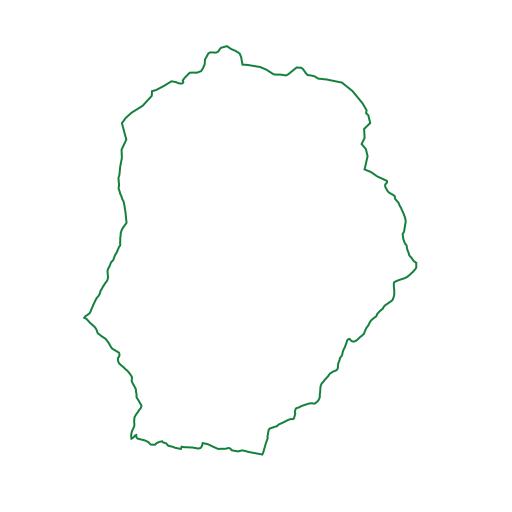 the district of Ceru-Bacainti, Alba, Romania, rotated 9°
{"feature_id": "2599482B65582227773897", "entity_name": "Ceru-Bacainti", "entity_type": "district", "adm_level": 2, "iso_a3": "ROU", "parent_name": "Romania", "parent_adm1": "Alba", "projection": "robinson", "projection_center": [23.275, 46.006], "detail": "fine", "context": "isolated", "style": "outline", "palette": "green", "viewbox_px": 512, "rotation_deg": 9, "n_neighbors": 0, "source": "geoboundaries", "source_scale": "gbopen_adm2", "svg_char_len": 6101}
<svg xmlns="http://www.w3.org/2000/svg" viewBox="0 0 512 512"><g transform="rotate(9 256 256)"><path d="M336.5,392.8L337.1,392.5L337.8,391.9L339.4,390.1L340.0,389.2L340.3,388.5L340.7,387.3L340.9,386.2L341.1,385.9L340.9,384.1L340.6,382.8L340.7,381.2L340.7,380.1L340.5,379.5L340.2,375.5L340.2,374.5L340.7,372.0L341.0,371.4L342.2,369.7L343.0,367.9L345.9,363.7L346.8,361.7L347.2,361.0L347.6,360.4L349.3,358.9L350.4,357.9L351.6,357.4L353.1,356.4L353.5,356.0L354.0,355.2L354.4,353.5L354.2,352.5L354.0,349.4L354.9,345.3L354.8,344.0L356.2,341.2L356.5,340.3L356.6,339.4L356.7,337.2L357.1,335.0L357.7,333.0L358.1,332.3L358.2,331.8L358.2,331.0L359.0,327.4L359.1,325.6L359.3,325.0L359.7,324.4L360.2,323.8L360.7,323.4L361.1,323.3L361.5,323.4L362.0,323.7L362.7,324.4L363.5,324.9L364.3,325.2L365.4,325.3L366.2,325.2L366.7,324.9L367.7,324.2L368.9,323.2L369.8,322.1L371.0,320.4L371.8,319.4L373.1,318.2L373.7,317.2L374.7,316.1L375.0,315.5L375.1,314.0L376.3,309.8L377.0,308.4L377.4,307.8L378.1,306.2L378.7,304.0L379.4,302.3L380.3,300.9L382.5,298.4L383.9,297.1L384.3,296.6L384.5,295.8L384.5,295.0L384.7,294.5L385.0,293.9L386.6,291.5L389.6,288.0L390.2,286.0L391.5,284.2L392.9,283.0L394.6,281.3L396.1,279.9L397.2,278.8L397.8,277.8L398.2,276.2L398.5,274.1L398.6,272.3L397.9,268.4L396.9,264.4L396.5,262.1L396.4,261.0L396.7,260.3L397.6,259.4L398.8,258.7L400.6,257.6L402.7,256.5L406.4,254.6L408.7,252.9L410.2,251.3L412.0,248.9L413.5,247.1L414.2,245.9L415.4,244.1L415.7,243.4L416.0,242.4L416.0,241.7L415.9,240.7L415.4,238.4L415.4,237.7L412.9,236.5L412.3,236.1L410.1,233.7L407.7,231.8L407.0,230.9L406.5,229.5L404.6,226.3L403.8,224.4L403.3,222.6L403.0,222.0L401.9,221.0L401.3,220.3L400.3,218.8L399.1,216.7L398.3,214.5L397.4,211.4L397.9,210.1L398.4,208.8L398.5,206.6L398.4,205.5L398.4,204.8L398.5,204.1L398.4,202.1L398.5,200.5L398.5,198.8L398.3,197.7L396.9,194.1L395.9,192.5L395.5,191.7L394.3,189.8L392.8,187.7L392.3,186.7L391.8,185.9L389.6,183.2L388.4,181.1L385.9,179.1L384.5,177.7L384.1,176.9L383.7,175.2L383.1,174.8L381.5,174.1L379.2,173.2L377.7,172.7L376.7,172.0L375.6,171.0L373.3,168.2L372.8,167.3L372.5,166.2L372.5,165.3L372.8,164.6L373.8,163.2L373.9,162.0L373.7,161.5L372.8,161.1L363.2,158.4L356.7,155.2L349.7,153.5L350.6,140.0L347.8,133.2L342.8,128.9L344.8,122.4L342.9,113.6L348.0,106.8L344.9,99.4L342.4,97.7L342.4,94.7L337.4,88.6L325.5,78.0L313.8,71.3L297.8,70.6L295.3,70.8L292.0,70.9L289.8,71.1L285.8,69.4L282.7,69.1L278.6,69.2L276.5,67.5L273.2,64.1L271.2,63.0L266.6,63.5L259.3,71.6L257.3,73.0L251.8,73.0L246.2,73.9L244.2,73.5L237.3,70.4L230.6,68.7L217.6,68.6L212.7,69.1L210.2,61.8L208.1,58.5L203.7,56.6L199.2,55.5L194.4,53.3L188.9,55.8L187.9,57.3L186.7,60.0L184.7,61.4L179.1,62.0L177.3,63.3L174.9,69.9L175.3,74.6L174.3,78.7L172.9,82.0L168.7,84.3L167.6,84.3L161.9,85.3L157.6,91.3L156.2,94.0L156.2,94.3L157.0,95.4L156.9,96.1L156.3,97.0L154.8,97.5L152.4,97.5L149.9,96.8L146.9,96.7L145.2,96.7L143.0,98.5L139.2,101.8L131.5,107.6L127.5,109.5L128.0,114.1L120.5,125.4L110.8,133.8L105.6,140.2L102.8,145.8L109.7,161.3L106.6,172.0L108.2,180.2L107.9,189.1L108.4,197.1L108.0,200.2L108.1,201.2L108.5,202.6L108.8,204.1L109.4,206.2L109.7,207.7L109.8,208.8L109.6,209.4L109.6,210.4L110.6,212.6L111.0,213.1L111.6,214.4L112.0,215.6L113.3,217.3L115.0,220.7L116.7,222.9L118.4,227.4L119.0,229.3L119.3,230.8L119.8,231.6L122.9,243.3L122.9,243.6L120.3,248.6L119.7,250.1L119.2,251.8L118.8,254.6L119.1,257.4L119.1,259.1L119.2,260.2L119.4,261.1L119.5,262.0L119.6,262.8L119.7,264.3L119.9,265.1L120.1,265.4L120.2,266.0L119.9,267.5L119.2,268.7L118.9,270.2L118.5,271.4L118.3,272.8L117.7,274.7L117.5,275.4L116.8,276.7L116.6,277.6L116.4,278.1L116.2,279.4L115.7,281.9L115.5,282.5L114.9,283.4L113.9,284.8L113.7,285.5L113.0,288.9L112.6,289.9L111.8,292.5L111.7,293.3L111.7,294.2L112.0,295.6L112.5,297.6L112.9,299.0L113.2,300.2L113.2,301.3L113.0,302.9L112.3,304.9L111.5,306.0L110.9,307.4L110.4,308.7L109.8,309.6L109.4,311.0L108.3,313.9L107.9,314.6L107.8,315.6L107.7,317.5L107.2,318.8L106.9,319.8L105.3,322.3L104.9,323.4L104.2,325.4L103.4,328.3L102.8,330.1L102.7,331.1L102.1,332.9L101.5,335.7L101.2,337.1L100.8,338.0L100.4,338.8L99.3,340.0L98.6,340.7L97.6,341.5L96.9,342.2L96.0,343.9L98.1,344.5L99.6,345.6L102.6,348.0L107.5,351.1L108.4,351.9L109.5,353.1L110.4,354.5L111.5,356.6L112.0,357.2L113.8,358.1L116.2,359.5L117.4,360.0L119.5,360.9L120.4,361.4L122.4,363.2L123.8,364.6L126.7,368.2L127.7,369.3L128.6,370.1L131.1,371.0L133.9,372.2L135.0,372.6L135.7,372.9L136.1,373.4L136.7,375.2L136.6,375.9L136.4,377.1L136.0,377.5L135.7,378.1L135.7,379.4L136.3,381.5L136.7,382.2L137.3,383.1L138.1,383.9L139.0,384.3L139.4,384.7L141.1,385.8L142.9,386.7L143.4,387.2L144.1,387.8L146.5,389.2L148.5,390.8L149.6,391.9L150.6,392.8L152.2,394.7L152.5,395.3L152.6,396.6L152.8,398.9L153.4,400.0L157.7,405.7L158.3,406.8L158.8,409.1L159.5,410.6L159.8,412.3L159.9,413.1L160.0,413.9L160.7,414.9L161.9,416.3L163.2,417.8L164.2,419.2L166.0,421.2L166.2,421.7L166.3,422.7L166.0,423.8L165.9,424.5L164.7,426.3L163.9,428.3L162.5,431.0L161.4,433.7L161.2,435.2L161.4,436.0L161.3,436.9L161.7,439.2L162.2,441.2L162.3,442.3L162.3,443.7L162.0,444.7L161.7,445.7L161.0,448.1L160.7,450.3L160.8,452.9L161.0,454.0L161.6,455.9L163.6,454.1L164.1,453.1L164.5,452.4L165.1,451.9L165.7,451.6L165.8,452.8L166.5,453.9L167.1,454.5L167.6,454.9L174.8,455.5L178.8,456.6L181.0,458.4L181.9,458.7L182.2,458.7L186.0,458.1L186.4,457.2L187.2,456.3L189.7,454.7L192.3,453.7L193.1,454.5L196.7,455.2L199.1,457.2L203.1,457.4L206.3,458.1L208.6,458.2L212.0,458.3L212.4,456.0L214.9,456.1L218.6,455.6L223.4,455.1L229.2,455.2L231.1,454.4L231.9,453.2L232.4,451.9L232.6,449.1L237.9,449.4L242.8,450.9L248.8,452.5L250.5,452.1L256.0,451.2L259.0,449.9L260.8,450.2L261.8,451.2L262.5,451.7L269.0,451.8L272.5,450.2L275.0,450.2L279.5,450.7L293.3,451.1L294.0,448.2L294.9,440.5L296.0,434.1L295.6,432.6L295.7,426.0L296.0,425.1L296.7,424.2L301.3,421.7L303.3,420.8L303.6,420.5L304.5,419.1L310.0,415.4L313.1,413.1L315.3,411.8L318.3,411.2L318.9,410.2L319.3,407.0L319.4,405.3L318.8,404.4L318.8,403.4L319.0,401.3L319.5,400.1L322.7,398.5L324.0,397.3L327.3,395.5L331.8,393.3L334.1,392.7L336.5,392.8Z" fill="none" stroke="#15803d" stroke-width="2"/></g></svg>